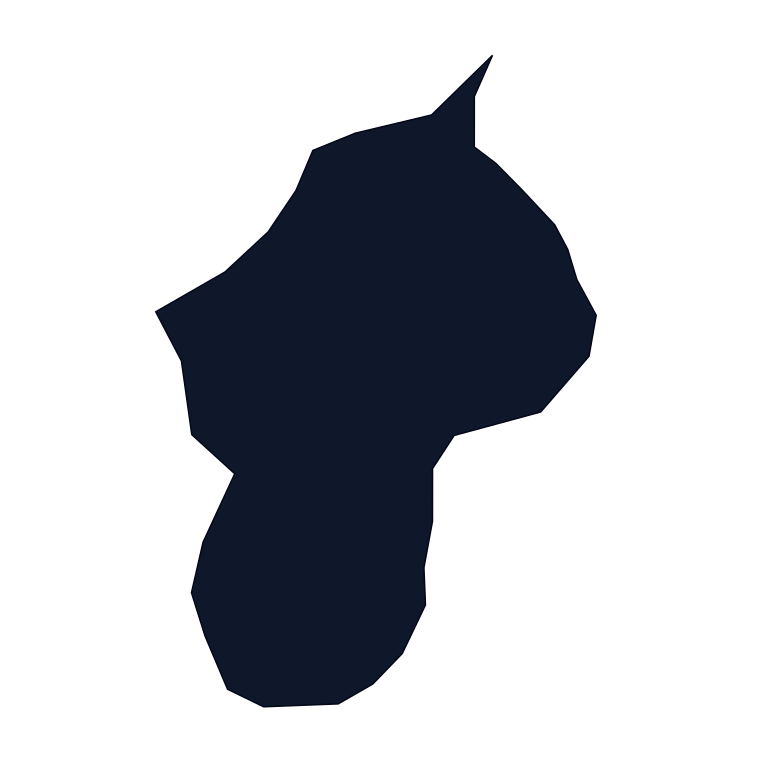 the district of Agios Sozomenos, Nicosia, Cyprus, rotated 352°
{"feature_id": "46923920B46638868756169", "entity_name": "Agios Sozomenos", "entity_type": "district", "adm_level": 2, "iso_a3": "CYP", "parent_name": "Cyprus", "parent_adm1": "Nicosia", "projection": "mercator", "projection_center": [33.446, 35.069], "detail": "fine", "context": "isolated", "style": "filled", "palette": "ink", "viewbox_px": 768, "rotation_deg": 352, "n_neighbors": 0, "source": "geoboundaries", "source_scale": "gbopen_adm2", "svg_char_len": 590}
<svg xmlns="http://www.w3.org/2000/svg" viewBox="0 0 768 768"><g transform="rotate(352 384 384)"><path d="M603.7,345.5L589.5,307.4L584.7,276.4L575.2,250.1L546.7,209.6L525.4,181.0L506.4,161.9L513.5,111.8L537.2,73.6L468.5,124.2L390.6,131.6L346.1,142.8L323.8,180.1L290.4,217.3L242.2,250.9L168.0,280.7L186.6,332.9L186.6,407.4L223.7,452.1L182.8,515.5L164.3,563.9L171.7,608.6L186.6,664.5L219.9,686.9L294.1,694.4L331.2,679.5L364.6,653.4L394.3,608.6L398.0,571.4L412.9,526.7L420.3,474.5L446.3,444.7L535.3,433.5L590.9,385.0L603.7,345.5Z" fill="#0f172a" stroke="#020617" stroke-width="1.5"/></g></svg>